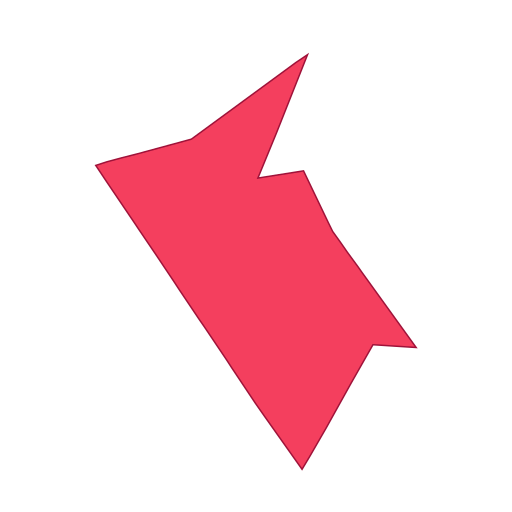 Lajedo, Pernambuco, Brazil (Albers equal-area conic projection), rotated 7°
{"feature_id": "56859067B99804914790127", "entity_name": "Lajedo", "entity_type": "district", "adm_level": 2, "iso_a3": "BRA", "parent_name": "Brazil", "parent_adm1": "Pernambuco", "projection": "albers", "projection_center": [-36.292, -8.674], "detail": "fine", "context": "isolated", "style": "filled", "palette": "rose", "viewbox_px": 512, "rotation_deg": 7, "n_neighbors": 0, "source": "geoboundaries", "source_scale": "gbopen_adm2", "svg_char_len": 584}
<svg xmlns="http://www.w3.org/2000/svg" viewBox="0 0 512 512"><g transform="rotate(7 256 256)"><path d="M177.6,147.9L125.7,169.1L110.8,174.9L96.7,180.6L85.9,185.6L98.7,200.5L131.9,238.6L136.2,243.6L158.7,269.4L176.9,290.5L184.2,299.1L207.3,325.8L213.2,332.4L239.9,363.2L245.6,370.0L273.4,402.3L284.2,414.3L327.7,462.1L334.2,447.4L346.5,418.4L365.7,371.1L382.9,329.8L426.1,327.3L363.2,259.4L358.7,254.4L346.1,241.0L338.7,232.7L329.1,222.3L323.8,214.2L292.8,165.7L248.4,178.4L261.2,131.8L282.6,49.9L272.0,59.1L177.6,147.9Z" fill="#f43f5e" stroke="#9f1239" stroke-width="1.5"/></g></svg>